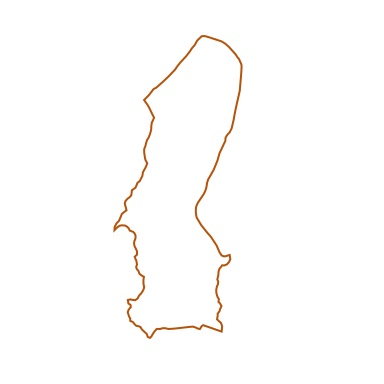 outline of Guaraci, São Paulo, Brazil, rotated 21°
{"feature_id": "56859067B7118105904945", "entity_name": "Guaraci", "entity_type": "district", "adm_level": 2, "iso_a3": "BRA", "parent_name": "Brazil", "parent_adm1": "São Paulo", "projection": "natural_earth1", "projection_center": [-49.001, -20.371], "detail": "fine", "context": "isolated", "style": "outline", "palette": "amber", "viewbox_px": 384, "rotation_deg": 21, "n_neighbors": 0, "source": "geoboundaries", "source_scale": "gbopen_adm2", "svg_char_len": 2709}
<svg xmlns="http://www.w3.org/2000/svg" viewBox="0 0 384 384"><g transform="rotate(21 192 192)"><path d="M114.3,123.3L120.1,127.2L122.2,129.0L124.5,131.2L126.3,132.9L127.9,134.4L129.9,136.1L129.9,138.8L129.6,141.5L130.4,145.1L131.4,147.9L131.8,150.4L132.0,153.2L132.0,157.1L131.4,159.2L131.6,162.7L132.0,165.5L132.0,169.1L133.2,172.2L135.3,176.0L136.9,178.6L139.9,181.2L139.9,185.4L139.1,191.1L139.9,194.7L139.3,200.5L137.8,203.0L137.8,206.2L137.7,208.2L136.5,210.0L135.3,211.9L136.5,216.9L135.5,219.4L134.1,221.6L133.1,224.4L133.3,226.6L134.4,228.4L135.7,230.0L137.4,232.6L136.0,234.7L134.4,237.6L134.3,241.7L134.2,245.1L132.8,248.1L132.3,252.3L133.3,255.4L135.0,251.5L136.9,249.1L138.8,248.1L141.6,247.3L144.1,247.7L146.0,248.7L147.7,250.3L151.3,250.3L153.3,251.2L155.1,253.2L155.9,256.0L155.8,258.6L156.4,261.0L158.0,263.4L160.4,265.5L162.0,267.2L163.1,270.2L161.7,273.0L162.9,274.4L164.8,276.3L166.7,279.5L166.7,281.9L168.0,283.7L170.2,284.8L172.3,287.2L175.4,288.1L177.5,288.4L178.2,291.6L179.6,295.1L181.4,297.9L181.7,300.0L181.5,302.0L180.9,304.8L179.7,307.7L179.4,310.9L177.7,313.4L175.3,314.0L172.8,314.4L170.8,315.9L172.6,318.9L175.0,319.4L176.1,321.3L175.0,324.7L175.1,327.3L177.9,330.8L179.6,332.2L180.6,334.5L183.3,334.5L185.5,335.8L187.9,336.9L190.4,336.4L192.4,336.6L194.3,338.2L197.7,339.6L200.7,340.8L202.7,343.2L205.1,343.2L205.9,341.2L206.2,338.9L206.9,335.8L208.1,332.5L211.6,331.2L213.0,329.9L215.6,328.8L219.1,328.3L223.8,326.2L238.9,318.4L240.9,317.4L243.8,317.2L246.5,317.4L248.5,317.1L249.1,313.8L250.2,312.3L251.9,312.3L254.0,312.2L269.7,311.7L269.1,309.5L268.2,306.4L266.0,303.9L263.2,302.8L261.0,301.9L260.4,298.7L259.6,296.4L260.4,293.3L260.2,291.3L260.4,287.9L257.9,285.9L256.1,285.1L255.5,282.4L253.4,280.8L250.9,277.5L249.6,274.4L249.1,270.9L249.3,268.8L248.6,266.2L247.0,264.7L246.3,259.9L245.2,256.5L245.2,253.7L245.9,251.7L246.4,249.6L248.3,249.1L250.5,247.1L251.6,244.4L251.9,241.1L249.7,237.3L246.4,239.9L244.8,240.7L242.4,240.6L239.5,238.6L234.2,233.2L228.6,229.1L225.3,226.8L220.6,224.4L212.6,219.7L205.5,214.2L203.3,210.6L202.1,207.7L201.3,205.0L201.1,202.9L201.4,199.7L203.6,190.1L204.0,186.7L203.9,183.2L202.8,178.0L202.6,174.6L204.3,163.3L204.5,153.6L203.8,145.9L204.8,132.3L203.9,129.4L204.2,127.2L204.7,125.4L205.8,122.7L206.2,118.4L204.9,108.9L204.3,106.2L203.6,102.2L202.7,96.8L200.3,80.3L195.2,62.8L193.3,57.0L192.2,55.0L188.2,51.0L185.8,49.7L183.8,48.1L176.0,44.1L174.5,43.3L169.9,41.6L165.4,40.8L149.9,41.6L147.6,42.0L145.2,43.1L142.6,48.7L141.9,53.7L140.3,58.2L139.7,61.2L137.9,67.3L134.6,75.5L132.9,81.0L132.5,83.3L128.6,92.8L125.1,100.0L121.2,107.5L119.2,109.7L118.3,112.9L117.0,117.1L114.3,123.3Z" fill="none" stroke="#b45309" stroke-width="2"/></g></svg>